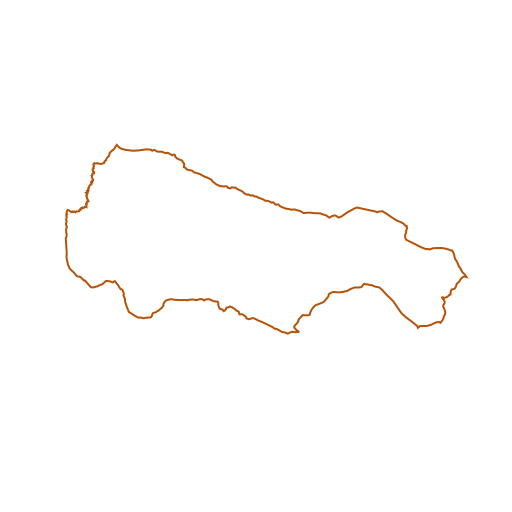 outline of El Dorado, San Martín, Peru, rotated 131°
{"feature_id": "86281439B18288209632206", "entity_name": "El Dorado", "entity_type": "district", "adm_level": 2, "iso_a3": "PER", "parent_name": "Peru", "parent_adm1": "San Martín", "projection": "robinson", "projection_center": [-76.72, -6.537], "detail": "fine", "context": "isolated", "style": "outline", "palette": "amber", "viewbox_px": 512, "rotation_deg": 131, "n_neighbors": 0, "source": "geoboundaries", "source_scale": "gbopen_adm2", "svg_char_len": 6116}
<svg xmlns="http://www.w3.org/2000/svg" viewBox="0 0 512 512"><g transform="rotate(131 256 256)"><path d="M388.0,382.1L388.8,378.1L387.2,375.2L387.0,373.8L387.4,369.8L386.8,369.4L386.7,368.9L387.9,360.3L387.1,358.9L385.8,357.6L384.1,356.7L382.9,355.7L381.2,355.2L380.1,354.5L379.4,354.3L378.7,353.6L373.1,352.8L370.6,349.0L370.0,346.9L369.4,346.6L368.0,346.4L367.6,345.9L368.6,340.6L369.7,337.2L369.8,336.5L369.2,335.1L369.4,334.0L371.2,330.9L372.6,330.3L374.6,326.4L375.8,325.5L376.4,324.6L378.9,320.6L381.7,315.1L381.2,312.8L380.5,307.6L379.8,304.6L377.9,302.4L377.3,300.8L376.6,299.9L374.3,298.2L373.4,297.0L371.1,295.1L369.4,295.3L367.5,296.2L366.6,296.2L364.1,294.7L361.2,293.8L356.6,293.1L354.1,293.4L352.9,294.4L351.0,294.8L349.0,294.8L348.2,294.6L344.7,292.1L344.0,291.3L342.2,288.4L338.5,283.7L335.0,279.8L334.7,278.8L333.6,278.4L332.2,277.1L329.9,274.7L329.0,272.9L328.5,272.2L327.3,271.2L325.9,270.5L324.8,269.4L323.6,267.7L323.7,266.3L323.5,265.9L321.9,265.5L321.1,264.9L319.5,263.2L319.0,262.3L318.5,260.0L317.1,256.9L316.0,255.6L315.7,254.4L315.9,253.9L317.9,252.1L319.5,249.0L319.5,248.3L318.4,246.1L318.8,244.2L317.7,243.8L315.7,243.8L314.9,244.3L314.2,244.3L313.2,243.3L311.4,242.8L310.5,240.8L309.9,237.7L310.1,235.3L309.3,232.6L310.7,230.6L310.8,230.0L309.4,228.8L308.8,227.2L308.5,223.8L308.6,223.3L309.3,222.7L309.1,221.6L308.4,219.9L305.0,217.8L304.1,215.9L303.2,211.9L302.0,208.7L298.8,196.9L298.7,194.3L297.5,192.6L296.4,187.1L295.0,184.2L294.3,183.2L293.8,181.1L289.9,179.4L287.1,175.7L285.4,174.1L285.1,174.2L285.3,177.3L285.1,179.6L284.2,180.9L282.1,181.1L280.1,180.9L277.6,181.2L276.7,181.8L275.3,182.2L270.0,182.0L267.2,178.4L266.5,177.7L264.9,176.9L263.5,177.8L260.7,178.7L258.4,179.0L255.8,179.0L254.0,178.7L247.0,175.0L245.5,174.7L239.9,174.8L238.5,175.1L237.5,175.8L236.4,176.0L235.6,175.5L233.7,174.9L232.3,173.9L229.2,169.7L225.9,166.6L224.2,165.6L222.7,164.3L221.0,163.8L219.8,163.2L218.9,163.1L217.3,162.1L215.9,161.5L214.7,160.5L212.2,157.6L210.8,156.4L210.1,156.1L207.5,156.1L206.5,156.3L206.0,156.1L205.3,154.4L204.6,153.8L203.3,151.4L203.0,150.4L201.9,149.4L201.5,147.4L200.5,145.2L199.2,143.1L198.8,141.5L198.8,138.6L199.6,131.7L200.1,122.8L203.7,108.9L203.9,103.1L203.3,95.2L203.1,88.9L203.2,88.1L204.0,86.7L201.4,86.3L198.8,83.6L197.0,81.3L192.8,78.6L190.6,77.8L187.3,76.1L185.5,74.1L185.5,73.0L182.2,73.1L179.8,73.7L178.4,74.6L176.0,75.1L174.4,76.1L173.9,76.6L171.2,81.7L170.2,82.4L168.1,82.6L166.8,83.5L165.9,85.2L165.9,86.5L165.2,88.4L164.7,88.1L164.2,86.5L161.7,84.9L159.3,84.5L158.5,84.7L157.6,83.9L156.7,84.3L156.0,85.2L155.1,85.7L153.4,86.4L153.0,86.4L150.7,84.7L149.0,84.8L147.2,85.3L145.5,86.2L142.2,85.9L139.4,86.3L136.5,86.2L135.6,85.8L134.5,84.9L133.8,83.4L133.0,86.4L132.8,89.7L131.0,94.2L130.7,96.1L128.6,100.2L127.4,104.3L125.1,107.2L123.5,110.4L123.2,111.8L124.1,112.8L124.5,114.4L125.7,117.0L127.9,120.8L133.7,127.3L137.2,129.3L137.5,130.3L138.4,131.2L139.6,133.1L141.0,136.9L145.2,153.2L144.7,154.8L142.6,157.1L139.6,158.2L138.4,159.2L135.7,160.4L135.2,161.8L134.6,161.9L135.2,163.5L134.9,164.6L134.9,166.5L135.6,169.4L136.7,172.4L137.1,174.3L137.9,179.8L138.6,186.1L139.3,190.0L141.0,191.5L141.6,192.3L143.6,193.3L144.0,194.9L153.2,211.6L155.7,212.9L162.6,215.5L170.9,217.7L172.5,218.7L172.9,219.2L173.2,222.2L173.9,223.4L176.3,225.0L177.8,225.3L179.0,225.9L179.4,230.2L180.8,232.8L181.4,235.1L185.5,240.2L187.8,243.6L190.1,246.1L192.1,247.9L192.4,248.4L192.8,251.1L193.7,253.6L194.7,255.2L195.3,257.0L196.8,258.8L197.7,259.4L199.3,262.6L200.6,264.3L202.5,269.9L202.6,271.0L202.4,272.6L202.5,273.0L204.5,275.1L204.1,277.5L204.2,278.1L205.6,279.4L206.2,282.2L206.9,283.7L208.2,285.2L208.6,287.8L210.5,292.7L210.8,294.6L211.9,296.0L212.4,298.4L213.8,299.5L214.6,302.2L215.8,303.3L215.9,303.7L216.0,304.8L216.5,306.0L216.2,307.3L216.5,309.9L217.7,313.7L217.9,316.5L218.9,317.5L219.9,319.3L221.9,319.8L223.0,322.0L222.5,323.6L223.9,325.3L224.8,326.0L225.9,327.9L226.6,328.6L227.5,331.1L228.0,333.1L228.2,337.5L227.7,339.9L229.0,345.0L229.7,346.3L231.2,352.9L233.5,357.6L233.5,360.2L235.6,363.9L236.1,365.5L235.7,366.8L236.3,368.7L233.4,370.7L233.2,372.9L232.6,373.8L232.6,375.0L233.5,377.0L233.7,378.5L234.3,379.9L234.0,380.8L234.1,382.1L233.1,383.2L233.1,384.0L233.4,384.6L235.0,385.4L235.9,390.2L237.7,391.7L239.3,395.9L240.6,397.2L242.2,399.5L242.3,401.2L242.9,402.7L244.5,403.2L244.7,403.5L244.6,404.9L247.5,408.8L253.4,413.9L257.0,417.6L258.0,418.9L261.5,424.1L263.3,427.9L263.7,429.3L263.8,430.6L263.5,434.0L268.4,433.3L272.6,434.0L274.6,433.9L275.7,433.1L277.1,432.8L277.6,432.5L279.0,432.9L280.9,432.6L282.3,432.0L282.8,432.3L283.2,432.2L284.1,432.4L285.2,431.6L288.1,433.2L289.6,435.5L289.9,436.6L290.9,437.1L291.7,438.0L291.9,438.8L292.5,439.0L293.4,438.9L293.8,438.6L294.5,437.2L295.7,437.1L296.1,436.1L296.6,435.9L297.5,436.3L298.4,435.6L298.8,435.0L298.7,433.6L299.5,432.5L300.0,432.5L300.3,433.3L300.8,433.5L301.7,433.2L302.4,432.5L303.3,432.8L305.3,429.5L305.4,428.8L306.7,428.5L307.0,428.7L307.3,429.2L307.7,429.2L308.1,427.9L308.8,428.5L309.2,428.5L309.9,427.3L311.5,427.9L312.2,427.6L312.8,427.7L313.7,427.1L314.4,427.3L314.7,426.5L315.5,426.6L316.2,426.4L316.6,425.2L317.3,425.1L317.8,425.8L318.0,425.2L318.3,424.9L319.7,425.7L319.7,425.2L319.1,424.5L319.1,424.3L319.6,424.1L320.7,424.3L321.3,423.4L322.1,423.4L322.3,422.4L323.4,421.6L323.6,420.4L324.5,418.3L324.8,418.3L325.2,419.0L325.6,419.2L326.4,419.1L327.1,418.3L328.3,418.5L328.6,418.1L328.6,417.2L329.8,416.7L330.4,416.0L331.1,417.5L332.7,417.5L333.2,418.7L333.6,418.6L334.0,419.0L334.5,418.7L334.7,419.4L335.5,419.5L336.0,419.4L336.7,418.7L337.3,419.4L337.8,419.1L338.7,419.0L339.9,420.6L340.4,420.6L340.8,421.1L341.5,421.0L341.6,422.3L342.6,422.8L342.6,423.6L342.9,423.9L343.7,423.7L344.1,424.5L344.4,427.6L344.7,428.3L345.2,428.4L346.0,428.2L348.3,426.9L348.6,425.8L349.7,426.0L350.9,424.2L353.1,423.3L353.7,422.1L354.5,421.4L356.6,420.4L358.3,417.6L360.1,417.0L361.0,416.3L363.0,414.5L363.4,413.5L365.3,412.0L366.3,411.5L367.3,411.3L377.8,400.9L381.7,397.8L386.1,391.9L386.7,390.2L387.4,389.2L387.8,387.7L388.0,382.1Z" fill="none" stroke="#b45309" stroke-width="2"/></g></svg>